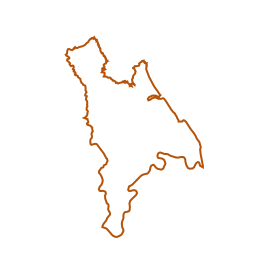 Francisco Pizarro (Salahonda), Nariño, Colombia (orthographic projection), rotated 158°
{"feature_id": "7082276B21872376500424", "entity_name": "Francisco Pizarro (Salahonda)", "entity_type": "district", "adm_level": 2, "iso_a3": "COL", "parent_name": "Colombia", "parent_adm1": "Nariño", "projection": "orthographic", "projection_center": [-78.58, 2.086], "detail": "fine", "context": "isolated", "style": "outline", "palette": "amber", "viewbox_px": 256, "rotation_deg": 158, "n_neighbors": 0, "source": "geoboundaries", "source_scale": "gbopen_adm2", "svg_char_len": 5906}
<svg xmlns="http://www.w3.org/2000/svg" viewBox="0 0 256 256"><g transform="rotate(158 128 128)"><path d="M164.9,153.8L163.7,152.6L162.2,151.5L162.4,150.9L162.5,148.6L162.9,147.9L163.6,147.7L164.0,147.8L164.5,147.3L164.5,146.6L164.3,146.1L162.0,144.2L161.0,141.7L161.6,140.6L161.9,138.0L163.1,137.4L164.1,136.2L164.4,134.0L165.1,132.8L165.7,132.1L166.8,131.6L167.6,130.6L168.3,128.9L168.3,128.2L168.7,127.6L168.7,126.8L168.2,126.1L165.1,125.8L163.6,125.3L162.9,124.4L160.0,113.4L159.4,107.8L159.0,107.3L159.2,105.3L159.6,104.7L160.5,104.2L161.7,102.6L164.4,102.4L165.6,100.9L166.0,100.8L167.5,101.0L168.0,100.8L170.0,99.4L170.5,99.3L171.2,98.5L171.5,97.9L171.6,96.8L171.0,95.6L170.7,92.3L170.9,89.3L171.9,87.4L172.7,86.5L174.1,85.1L175.2,84.7L176.4,84.0L178.1,81.9L177.8,80.4L176.8,79.7L174.6,79.1L173.2,77.9L172.9,77.3L172.9,76.4L173.3,75.1L174.5,74.1L174.8,73.5L175.6,70.8L175.7,67.1L175.9,66.3L175.0,64.8L175.0,63.7L175.2,63.0L176.7,60.4L176.9,59.6L176.9,58.1L176.5,56.8L176.7,55.4L177.1,54.6L177.7,54.1L179.7,53.1L181.3,52.1L182.6,50.6L186.7,48.2L188.1,46.9L188.9,45.7L186.5,43.7L185.4,42.4L182.7,34.6L182.3,33.8L181.1,32.4L180.1,31.6L178.7,31.1L175.9,31.2L174.0,31.6L171.7,33.3L170.8,34.3L170.4,35.5L170.5,38.4L169.6,41.6L168.4,43.5L165.8,46.4L165.3,48.1L164.4,49.7L162.9,51.0L161.8,51.0L159.4,50.5L158.1,50.6L157.3,51.2L156.0,53.7L155.3,56.0L155.0,57.4L153.3,59.6L150.5,60.9L145.7,62.8L144.3,63.9L143.9,65.2L143.9,66.2L144.5,67.2L145.4,68.0L146.8,68.4L149.4,68.7L150.8,69.5L151.0,70.6L149.0,73.4L145.4,73.8L134.6,78.5L133.0,79.0L131.1,79.1L126.9,78.5L125.9,78.9L123.6,80.5L122.0,83.0L120.8,84.2L118.9,84.5L118.0,84.2L117.2,82.3L117.1,81.2L116.1,79.4L113.4,77.3L112.3,76.9L110.7,77.1L106.6,81.0L106.5,82.2L106.4,84.6L107.6,86.7L111.1,88.9L111.3,89.4L111.3,90.7L110.6,92.0L109.9,92.8L109.2,93.2L108.2,93.4L107.1,93.1L104.2,90.5L101.4,89.1L100.7,88.6L99.1,86.4L94.3,82.5L92.1,81.6L91.2,81.6L88.5,80.8L87.2,79.9L86.7,78.4L86.8,76.9L87.3,75.6L87.8,72.1L87.7,70.4L87.3,68.3L86.2,67.2L83.3,66.3L81.5,66.8L78.7,69.3L77.5,70.0L76.3,70.3L75.4,69.9L75.0,68.5L75.3,66.1L73.3,63.5L72.7,65.0L70.4,76.7L69.1,81.2L67.7,82.9L67.1,88.6L67.7,90.2L67.9,91.6L68.2,92.4L68.3,95.4L68.8,98.3L70.3,103.6L71.8,111.6L72.7,113.7L73.5,114.4L73.9,114.4L75.3,113.7L78.7,115.0L78.3,116.4L78.7,118.7L78.6,120.5L79.1,122.7L79.0,123.8L80.0,125.6L80.9,128.3L82.9,139.3L83.6,141.7L84.5,142.5L85.8,142.6L87.2,142.9L89.2,144.0L91.3,146.3L94.7,146.4L96.8,145.9L98.7,146.0L98.7,147.6L96.6,148.8L95.8,148.9L94.7,148.6L94.0,148.7L93.6,149.0L90.4,147.8L88.9,146.3L88.7,144.8L88.4,144.6L88.0,144.7L87.3,145.6L85.6,146.3L86.4,148.5L86.5,149.8L88.2,156.8L89.3,167.2L89.1,175.7L88.5,177.1L87.4,178.2L87.6,179.1L86.9,179.6L87.0,180.5L86.4,181.1L87.5,181.5L87.6,182.4L88.1,182.3L88.1,182.5L87.6,182.9L87.8,183.3L88.2,183.2L88.8,183.7L88.4,184.5L89.2,184.5L89.2,184.8L89.7,184.9L91.1,184.2L92.6,184.0L93.5,183.6L93.4,182.9L94.5,181.7L97.0,182.1L97.9,182.4L98.3,182.8L98.7,182.7L99.5,181.9L100.7,181.9L100.8,181.4L100.1,181.0L100.0,180.8L99.8,177.5L100.3,177.2L100.4,176.7L101.5,175.5L102.9,174.9L104.0,174.0L104.5,173.2L104.6,172.5L105.6,172.0L106.0,171.5L106.5,169.8L106.6,168.4L105.6,165.6L105.8,165.3L106.7,166.9L108.0,167.7L108.4,167.6L108.7,167.1L109.0,166.2L109.0,165.6L109.3,166.0L109.7,166.0L109.9,167.4L110.5,167.0L110.3,167.8L111.3,169.9L111.2,171.0L111.8,170.9L111.7,171.4L113.1,171.3L112.9,172.3L113.0,172.8L113.5,172.9L114.1,172.5L114.3,171.5L114.8,172.0L115.2,173.1L115.8,173.0L116.5,172.5L119.0,173.0L120.6,173.0L121.3,174.3L122.4,174.4L122.3,175.7L123.1,176.9L124.4,177.6L124.2,178.4L125.3,179.7L125.4,181.0L126.2,181.7L127.4,181.9L128.5,183.3L130.4,184.9L130.9,184.6L131.2,184.8L130.3,185.5L129.7,186.3L129.3,187.7L128.3,187.9L129.6,188.3L130.3,189.4L130.7,189.4L131.1,189.2L131.5,189.5L130.6,190.1L130.0,191.2L129.0,191.1L130.0,191.8L129.7,192.2L129.3,191.9L129.6,192.4L129.2,192.5L129.0,192.9L128.7,192.7L129.0,192.3L128.5,192.0L128.6,191.7L128.3,191.7L128.2,191.5L128.0,191.9L127.4,191.7L127.8,193.0L126.9,193.5L127.1,194.7L126.9,195.7L125.6,196.2L124.4,196.1L123.5,196.9L123.6,197.5L123.4,197.7L122.9,197.7L122.8,198.0L122.7,197.7L122.3,197.7L122.6,198.0L122.3,198.3L122.8,198.4L122.9,199.5L122.8,200.5L122.5,200.5L122.4,200.8L123.0,201.0L122.8,201.0L122.8,202.2L122.6,202.6L122.9,202.7L122.9,203.4L123.4,203.7L123.2,204.2L123.4,204.3L123.5,204.9L123.3,206.8L123.8,207.0L123.9,207.3L124.3,207.1L124.5,207.5L124.6,210.7L123.9,211.6L124.2,212.5L124.0,213.1L124.5,213.6L124.3,214.7L124.5,215.1L124.1,215.3L124.1,215.6L124.4,216.2L124.1,216.5L124.5,217.0L124.1,217.4L124.0,219.8L124.5,219.9L124.2,220.2L124.5,220.8L124.1,221.3L124.6,221.5L124.4,221.9L124.9,222.2L125.1,223.1L125.5,223.3L125.2,223.6L125.3,224.4L125.6,224.1L126.0,224.1L126.0,224.4L126.3,224.2L126.9,224.5L127.0,224.1L127.7,224.8L128.1,224.6L128.3,224.9L129.5,224.4L130.2,224.4L133.1,222.5L135.4,221.9L136.2,221.3L138.1,220.9L141.1,221.0L142.5,221.3L145.4,221.2L146.2,221.8L146.7,222.8L147.8,221.8L148.1,222.3L149.8,221.3L150.7,221.1L151.7,221.9L152.8,223.1L153.9,223.6L154.5,223.3L155.4,222.2L156.7,219.9L157.4,219.4L158.2,219.3L158.0,218.1L156.5,216.3L156.1,215.1L156.2,214.7L156.6,214.4L158.4,214.5L159.1,213.6L159.0,212.8L158.4,212.0L157.5,209.8L158.1,209.4L158.3,208.7L157.7,206.7L155.8,206.6L155.5,206.3L155.3,205.4L155.7,204.3L157.1,203.3L156.9,202.8L156.1,202.1L156.2,201.8L156.9,201.3L157.2,200.8L157.0,200.5L156.3,200.0L156.0,198.7L156.2,198.1L157.1,197.9L157.2,197.0L156.9,196.6L156.1,196.3L155.1,195.0L155.3,194.4L155.2,193.8L153.8,191.4L154.2,189.5L154.2,187.3L153.5,186.2L153.4,184.8L151.9,183.5L151.8,183.1L152.3,181.1L153.3,178.7L153.0,176.8L154.7,175.5L155.5,174.4L155.4,173.9L154.3,172.9L154.7,172.3L155.6,171.5L156.3,170.1L155.9,167.9L156.7,165.7L157.3,164.8L157.4,163.5L158.6,162.5L159.0,161.7L159.5,160.2L159.0,159.0L159.0,158.4L160.2,156.8L160.7,155.6L161.7,154.7L163.5,153.9L164.9,153.8Z" fill="none" stroke="#b45309" stroke-width="2"/></g></svg>